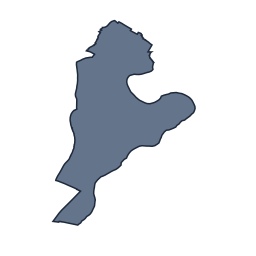 outline of Stein, Limburg, Netherlands, rotated 189°
{"feature_id": "6326949B81495248212156", "entity_name": "Stein", "entity_type": "district", "adm_level": 2, "iso_a3": "NLD", "parent_name": "Netherlands", "parent_adm1": "Limburg", "projection": "robinson", "projection_center": [5.769, 50.974], "detail": "fine", "context": "isolated", "style": "filled", "palette": "slate", "viewbox_px": 256, "rotation_deg": 189, "n_neighbors": 0, "source": "geoboundaries", "source_scale": "gbopen_adm2", "svg_char_len": 5683}
<svg xmlns="http://www.w3.org/2000/svg" viewBox="0 0 256 256"><g transform="rotate(189 128 128)"><path d="M189.1,184.9L189.0,184.2L188.9,182.9L188.7,182.0L188.4,181.1L188.1,180.0L187.8,179.0L187.6,178.4L186.1,173.0L186.0,172.3L185.8,171.1L185.7,170.6L185.7,170.0L185.2,167.3L184.9,163.1L185.0,163.0L185.0,162.1L185.0,161.0L184.9,159.0L185.0,157.9L185.1,156.7L185.3,153.8L185.2,152.9L185.0,152.0L184.8,151.2L184.4,150.6L183.7,149.5L183.2,148.6L182.9,147.3L182.8,146.4L181.9,139.9L181.5,138.6L182.3,138.1L182.9,137.6L183.7,137.0L183.9,137.1L184.7,136.1L185.2,135.3L185.6,134.6L185.8,134.1L186.3,133.0L186.4,132.2L186.6,131.1L186.7,129.6L186.6,128.0L186.3,126.3L186.1,125.5L185.7,124.6L185.3,123.2L184.9,122.0L184.3,120.8L184.1,120.5L184.0,120.1L183.6,119.3L183.4,119.3L183.5,119.1L182.9,118.0L182.8,118.3L182.3,117.2L182.2,116.8L182.2,116.7L182.0,116.4L181.7,115.8L181.4,115.7L180.8,114.5L180.4,113.9L180.5,113.6L180.3,113.4L180.1,112.8L180.1,112.6L179.9,112.0L179.6,111.5L179.2,110.5L179.0,109.5L178.7,108.4L178.5,107.4L178.4,106.3L178.3,105.3L178.3,104.2L178.3,103.3L178.4,102.9L178.5,102.8L178.4,102.7L178.4,102.2L178.5,101.0L178.3,100.9L178.3,100.0L178.4,99.2L178.6,98.3L178.7,98.2L178.8,97.7L178.9,96.9L179.0,96.1L179.1,95.6L179.5,94.1L179.7,93.8L180.0,92.8L180.3,91.8L180.5,91.1L180.4,91.1L180.5,90.8L180.8,89.8L181.1,88.8L181.2,88.3L181.4,87.8L181.7,87.3L182.0,86.8L182.5,86.1L183.1,85.2L183.9,84.1L184.5,83.2L185.1,82.2L185.5,81.2L185.9,80.3L186.1,79.8L186.1,79.6L186.5,78.6L187.2,76.5L188.5,73.1L188.8,72.4L189.6,70.5L189.9,69.7L190.3,68.6L190.6,67.6L191.1,65.8L191.1,64.9L190.7,64.9L189.9,64.8L189.2,64.7L188.6,64.6L188.1,64.5L181.7,63.1L178.1,62.1L172.6,60.7L171.9,60.5L168.7,59.6L168.4,59.5L168.3,59.4L168.5,59.2L167.6,59.0L166.2,58.4L166.1,58.6L165.0,58.2L167.2,55.1L169.3,52.1L171.5,49.0L180.4,36.8L181.6,35.0L182.7,33.2L183.7,31.3L187.5,24.0L181.7,24.2L181.7,24.4L181.6,24.6L181.4,25.0L179.1,24.9L179.2,25.1L162.4,24.3L161.6,25.3L159.9,26.9L159.1,28.9L157.3,30.5L156.0,32.1L155.0,34.1L152.9,35.9L151.7,37.4L150.7,39.5L150.1,41.6L149.5,43.6L148.9,45.7L149.0,48.1L149.1,49.9L149.1,51.9L149.8,53.8L151.0,56.3L151.6,57.7L151.9,59.9L152.0,62.0L151.9,64.1L152.0,66.2L151.9,68.3L150.9,70.3L149.9,72.0L148.5,73.8L147.1,75.6L144.9,76.8L143.0,78.1L141.2,79.6L139.4,81.0L137.5,82.6L135.6,83.9L133.5,85.2L131.8,86.8L130.4,88.5L129.1,90.2L129.3,92.8L128.1,94.6L126.8,96.5L124.8,98.0L124.3,100.1L123.6,102.0L122.7,103.8L121.4,105.8L119.7,107.5L117.8,109.0L115.9,110.4L113.9,111.8L111.4,112.7L109.1,112.9L106.6,113.1L103.9,113.5L101.4,113.7L98.8,114.7L96.9,116.3L95.2,118.0L94.7,120.0L94.3,122.1L93.7,124.0L93.4,126.1L92.5,127.9L91.5,129.8L89.8,131.8L87.2,132.5L85.0,133.8L83.0,135.0L81.0,136.4L80.1,138.3L78.3,139.9L77.2,141.9L75.8,143.6L73.3,144.7L71.8,146.4L68.7,149.5L67.3,151.6L65.7,153.4L65.1,155.5L64.8,157.7L65.3,159.8L66.5,161.7L67.8,163.6L69.2,165.4L71.1,167.0L73.0,168.1L75.2,169.0L77.4,169.7L80.2,170.4L83.0,170.4L85.9,170.6L91.2,169.3L93.2,167.9L95.5,167.0L97.7,166.0L100.0,164.7L100.6,162.5L101.8,160.7L103.6,159.1L105.5,157.6L107.8,156.4L110.2,155.4L113.1,155.1L115.6,155.6L118.2,156.4L120.9,157.2L123.0,158.4L125.1,159.7L126.9,161.2L130.9,164.1L132.3,166.0L134.9,169.7L135.9,171.6L136.5,173.6L136.6,175.9L136.0,177.9L134.7,180.0L132.5,181.1L130.2,182.1L128.0,182.2L125.3,182.6L122.8,183.4L120.5,184.5L118.3,185.6L115.9,186.6L113.8,187.9L112.5,189.7L113.3,192.1L113.2,194.3L113.0,196.4L112.7,196.7L114.1,198.0L113.9,197.3L114.1,197.5L114.4,197.9L114.7,198.3L115.0,198.6L116.5,199.9L116.3,199.9L116.6,200.3L117.4,201.1L117.7,201.5L118.0,202.2L118.0,202.5L118.0,202.8L117.9,203.3L117.9,203.5L118.2,203.4L118.1,204.0L118.0,204.6L117.5,205.5L117.2,206.3L116.7,206.8L120.2,206.3L117.3,213.8L118.1,214.2L119.0,214.6L120.3,215.4L120.5,215.5L120.8,215.8L121.2,216.0L121.6,216.2L121.9,216.4L122.2,216.5L122.5,216.6L122.8,216.7L123.1,216.9L123.3,217.1L123.8,217.3L124.0,217.3L124.1,217.5L124.5,217.8L124.8,217.8L125.0,217.9L125.1,217.7L125.6,218.0L125.8,218.1L126.2,218.2L126.5,218.4L126.6,218.7L126.8,218.6L126.8,218.8L127.0,219.0L127.3,219.1L127.5,219.2L127.7,219.3L127.8,219.6L127.9,219.8L128.0,219.9L127.9,220.0L128.1,220.1L128.2,220.3L128.3,220.4L128.5,220.6L128.4,220.6L128.6,220.8L128.6,221.0L128.6,221.7L128.7,222.0L128.8,222.0L128.7,222.1L128.8,222.2L129.5,222.8L129.5,222.7L129.7,222.9L129.8,223.3L130.9,223.6L132.8,224.0L132.9,223.7L133.1,223.1L133.3,222.6L133.5,222.1L135.0,222.5L136.3,223.0L137.6,223.4L140.9,224.6L140.1,226.2L140.3,226.3L143.5,227.5L148.3,229.4L148.8,229.6L150.0,230.2L153.6,231.4L154.0,230.6L154.5,230.0L157.9,232.0L158.4,231.9L159.1,231.5L160.5,230.8L161.0,230.4L161.2,230.2L161.6,229.8L161.8,229.6L162.2,229.1L162.3,229.0L162.3,228.9L162.4,228.7L162.5,228.7L162.8,228.2L163.1,227.7L163.4,227.3L163.8,226.6L164.2,225.9L164.5,225.6L164.8,225.3L165.0,225.1L165.4,224.7L166.1,224.2L166.3,224.1L167.0,223.8L167.2,223.7L167.5,223.6L167.9,223.5L168.7,223.3L168.9,223.3L168.8,222.9L169.7,222.0L170.6,221.2L169.4,220.5L171.8,218.6L170.2,217.8L170.7,216.8L171.8,214.4L171.9,214.0L172.0,213.7L172.0,213.2L171.7,213.0L172.0,210.9L172.4,210.9L172.8,209.3L172.7,209.0L172.9,208.7L173.4,207.6L173.8,206.8L173.0,206.2L174.8,204.6L174.5,204.4L178.1,201.8L179.4,200.5L179.1,200.4L180.2,198.5L180.7,198.6L181.2,197.7L178.0,197.4L177.1,197.3L174.4,196.3L173.5,196.0L172.9,195.8L173.0,195.6L172.6,195.4L174.1,193.0L174.1,192.9L174.3,192.3L175.5,192.1L175.9,192.0L176.8,191.8L177.1,191.6L177.7,191.5L177.8,191.4L178.4,191.2L179.5,190.9L181.1,190.3L181.2,190.2L181.3,190.2L181.7,189.8L183.1,189.1L183.7,188.7L184.3,188.3L184.5,188.0L187.0,186.4L187.7,186.0L188.0,185.8L188.4,185.5L189.0,185.0L189.1,184.9Z" fill="#64748b" stroke="#1e293b" stroke-width="1.5"/></g></svg>